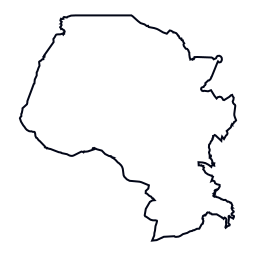 the district of North Tongu, Volta, Ghana
{"feature_id": "2480657B35012095074914", "entity_name": "North Tongu", "entity_type": "district", "adm_level": 2, "iso_a3": "GHA", "parent_name": "Ghana", "parent_adm1": "Volta", "projection": "robinson", "projection_center": [0.298, 6.144], "detail": "fine", "context": "isolated", "style": "outline", "palette": "ink", "viewbox_px": 256, "rotation_deg": 0, "n_neighbors": 0, "source": "geoboundaries", "source_scale": "gbopen_adm2", "svg_char_len": 5811}
<svg xmlns="http://www.w3.org/2000/svg" viewBox="0 0 256 256"><path d="M152.1,240.6L156.7,240.1L163.8,236.8L174.4,236.2L175.1,236.8L176.1,236.9L178.6,236.6L180.5,235.8L183.0,234.1L187.3,232.9L189.8,231.4L192.5,230.8L193.2,230.2L194.2,230.2L196.9,228.8L199.3,228.7L201.6,224.4L202.9,223.6L202.8,222.6L203.3,221.8L203.2,221.3L203.4,220.9L202.9,219.3L203.0,219.0L202.5,218.9L202.4,218.4L202.9,216.3L203.2,216.1L203.2,215.8L203.9,215.4L204.2,215.5L204.8,215.0L205.2,215.5L205.5,215.4L206.2,214.1L206.8,213.5L207.0,212.8L207.6,212.4L208.4,212.6L209.4,212.4L210.3,213.6L211.4,213.6L212.0,214.4L216.7,214.3L221.4,217.1L221.8,217.6L222.4,217.6L223.6,218.9L224.6,217.6L225.2,217.8L226.0,218.6L226.4,219.4L226.0,221.9L226.2,224.4L225.4,227.3L225.7,227.8L227.5,226.2L229.5,225.4L229.7,224.5L228.7,223.6L228.3,222.7L228.9,219.1L228.6,216.4L228.7,216.1L229.1,215.9L230.5,217.3L231.2,217.4L233.2,218.6L234.0,216.8L233.9,216.0L231.7,214.9L231.6,213.7L231.9,213.3L233.5,212.2L233.7,211.4L232.7,210.5L231.6,208.3L231.7,207.9L232.5,207.8L231.8,207.2L232.0,206.2L232.4,205.6L231.3,203.1L230.4,202.8L230.4,202.5L229.9,202.4L229.4,202.0L228.1,201.5L227.5,201.7L225.5,199.9L223.6,200.0L222.0,199.3L221.2,199.2L220.9,198.7L218.4,197.5L216.3,197.0L215.8,196.4L215.1,196.5L214.7,196.8L213.5,196.2L213.3,195.7L213.5,195.0L214.2,194.7L214.3,195.1L215.1,193.9L214.8,193.2L214.1,193.1L215.2,192.2L214.6,190.9L214.8,190.6L215.4,190.9L215.5,189.9L215.8,189.8L216.6,190.4L217.1,190.0L217.3,189.3L217.8,189.4L218.2,189.1L219.7,186.6L219.6,184.9L216.8,184.2L215.1,183.2L214.5,181.3L213.3,180.7L212.0,180.8L211.4,181.1L213.0,176.7L212.1,176.3L211.8,175.5L210.7,175.5L207.8,174.3L205.4,172.6L204.3,170.6L203.2,169.3L204.0,167.5L203.2,166.9L203.3,166.0L202.8,166.1L201.9,165.6L201.9,165.8L199.5,165.3L198.7,165.3L198.5,162.2L202.6,162.5L205.4,163.1L208.6,164.8L211.3,166.9L211.6,165.8L212.7,165.2L214.2,165.6L214.0,164.4L214.3,163.3L213.7,163.2L213.1,163.8L212.4,163.8L212.1,163.3L212.4,161.5L211.6,159.5L210.2,158.2L210.1,157.8L210.9,156.5L211.0,155.9L210.8,155.5L210.4,155.6L209.7,156.4L209.7,155.1L209.0,152.5L209.1,151.9L209.6,150.9L209.7,149.5L208.9,147.5L209.1,144.7L210.2,143.4L210.9,141.5L211.7,140.7L212.4,139.5L212.3,139.0L212.8,138.7L212.7,138.0L212.9,137.3L213.2,137.1L213.1,136.0L213.7,135.9L214.7,135.0L215.5,135.4L221.3,140.8L221.4,139.6L222.1,136.6L224.0,139.0L226.0,135.5L227.1,134.6L227.5,133.3L227.1,131.6L226.7,131.0L230.8,127.4L231.5,125.4L231.8,125.4L231.5,125.1L231.8,124.6L232.3,124.4L232.3,124.0L232.6,124.1L233.5,123.4L234.2,121.9L235.2,121.5L236.1,120.3L234.8,117.0L234.3,115.2L234.3,113.7L235.3,105.8L234.9,104.7L234.1,104.2L233.1,102.9L232.7,101.4L233.4,99.9L233.7,97.6L232.7,96.3L232.2,94.9L230.9,95.3L229.4,96.8L224.1,100.1L223.1,99.8L222.5,98.6L221.4,97.2L219.8,96.7L217.8,97.2L216.6,98.5L214.5,95.9L211.0,90.2L208.1,91.3L204.2,90.8L203.1,91.1L201.8,90.6L201.1,89.3L201.2,88.4L201.6,87.6L202.8,87.1L203.6,87.0L204.4,85.6L205.1,85.2L205.6,84.2L205.3,83.2L208.3,80.4L208.9,80.5L210.3,79.4L211.2,77.7L211.2,77.2L211.7,76.7L217.6,62.1L218.0,61.4L218.8,62.3L219.6,62.4L220.8,62.0L221.7,60.5L221.9,59.3L221.7,57.8L220.9,56.6L219.5,55.8L217.8,55.9L216.8,56.6L216.0,58.3L213.7,59.3L212.7,58.0L211.5,57.5L197.4,57.0L194.5,57.1L194.4,58.0L193.2,58.6L193.5,59.2L192.8,59.3L192.6,59.6L192.2,59.3L190.3,59.5L190.4,58.7L189.8,58.0L189.3,54.4L189.3,52.5L188.7,51.7L188.4,50.4L187.1,48.9L185.8,48.7L183.9,46.1L183.5,44.7L183.8,43.6L184.2,43.3L183.3,42.0L182.8,40.3L181.8,40.2L181.5,38.9L181.2,39.0L181.1,38.6L180.7,38.7L179.6,38.1L178.7,36.0L177.9,35.6L177.9,35.1L176.3,33.2L174.0,32.3L173.3,32.5L172.9,31.8L170.9,30.7L169.7,30.5L166.8,33.7L163.1,32.4L158.5,29.7L156.8,28.9L154.3,28.1L148.6,27.0L148.1,25.8L146.7,26.0L144.6,24.4L140.6,23.1L138.0,21.1L132.7,16.3L131.4,15.4L75.6,15.4L71.1,15.6L67.4,16.9L66.9,17.5L64.0,17.0L63.4,17.5L63.2,18.2L63.4,18.8L61.5,19.2L61.0,18.8L60.8,19.1L60.4,20.5L61.0,21.3L61.7,21.9L61.1,22.9L61.2,23.6L60.9,23.8L61.2,23.9L61.6,25.1L61.2,25.6L60.9,26.5L60.3,26.9L60.2,27.4L60.7,27.6L61.1,29.1L62.1,28.9L63.0,29.7L63.9,30.1L64.5,31.0L64.6,31.4L64.3,31.4L64.2,32.1L63.7,32.4L64.1,33.0L64.2,33.8L63.7,34.1L63.5,33.9L63.2,34.5L62.8,34.0L61.9,33.8L60.3,34.3L57.1,34.4L56.2,34.7L55.7,35.3L54.7,37.2L53.4,39.0L53.6,42.1L44.0,55.7L43.9,56.1L44.2,56.2L44.0,56.4L44.2,56.7L43.7,56.9L43.9,57.1L43.5,57.3L43.4,57.9L43.4,59.2L42.2,59.4L41.1,60.4L41.0,60.6L39.6,61.3L39.1,61.9L39.5,65.8L38.5,67.9L37.4,71.1L36.7,72.4L36.7,75.5L34.8,79.5L34.4,83.5L33.8,83.9L27.4,101.1L27.3,102.9L26.9,104.3L22.5,108.3L22.5,109.6L21.8,113.0L21.3,113.9L21.3,116.3L20.6,116.9L19.9,118.2L21.0,121.6L23.2,125.3L24.5,126.9L25.7,128.7L27.0,130.0L29.2,131.2L30.8,131.4L31.5,131.3L32.6,131.8L34.4,131.9L34.8,132.3L35.2,133.8L35.4,135.9L36.2,137.7L37.0,138.0L38.7,140.3L39.7,141.0L44.6,146.1L45.6,147.3L45.4,147.5L46.3,147.8L46.8,148.3L46.9,148.2L47.3,148.3L47.0,147.9L47.3,147.9L48.1,148.5L50.5,149.0L58.8,152.2L60.9,152.5L61.1,152.8L62.1,153.2L67.0,154.2L69.5,155.5L71.3,155.9L72.3,155.9L73.6,155.5L81.4,151.6L83.1,152.0L83.6,152.4L83.9,152.1L83.8,151.6L84.2,151.4L85.6,151.7L87.9,151.4L94.1,149.3L93.5,149.0L93.8,148.8L93.7,148.2L92.9,148.5L92.0,148.0L92.9,148.3L94.1,147.9L97.0,149.3L101.8,150.6L105.1,154.0L109.0,156.0L110.6,156.1L110.7,156.6L111.5,156.6L111.9,157.2L112.6,157.4L112.2,157.5L112.4,157.8L112.8,157.7L115.4,159.8L117.9,162.5L119.0,163.2L121.2,165.4L122.2,167.1L122.8,168.9L123.6,175.2L124.3,176.7L126.8,179.3L129.6,180.8L139.5,181.7L141.4,182.2L148.9,185.3L148.3,188.6L145.8,190.9L145.7,193.2L147.0,193.7L149.4,195.9L151.2,196.7L151.9,197.9L153.1,198.4L154.6,200.2L152.4,200.4L149.9,201.9L145.8,208.9L144.7,215.3L145.2,216.3L146.3,216.8L150.5,219.7L152.8,220.3L155.6,220.3L156.9,220.7L157.0,221.3L156.4,223.6L155.5,226.1L155.0,230.6L154.4,233.0L154.2,235.6L152.1,240.6Z" fill="none" stroke="#020617" stroke-width="2"/></svg>